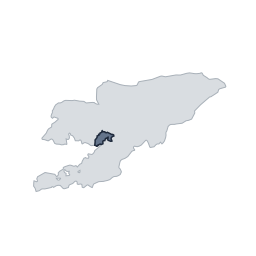 Suzak, Jalal-Abad, Kyrgyzstan shown in context, rotated 348°
{"feature_id": "92254566B63974139076370", "entity_name": "Suzak", "entity_type": "district", "adm_level": 2, "iso_a3": "KGZ", "parent_name": "Kyrgyzstan", "parent_adm1": "Jalal-Abad", "projection": "mercator", "projection_center": [73.12, 41.081], "detail": "fine", "context": "in_parent", "style": "filled", "palette": "slate", "viewbox_px": 256, "rotation_deg": 348, "n_neighbors": 0, "source": "geoboundaries", "source_scale": "gbopen_adm2", "svg_char_len": 4432}
<svg xmlns="http://www.w3.org/2000/svg" viewBox="0 0 256 256"><g transform="rotate(348 128 128)"><path d="M56.4,153.4L57.0,153.0L59.0,152.6L63.0,152.2L64.3,152.5L67.1,154.2L69.1,154.0L69.5,154.2L70.3,155.6L73.2,153.5L75.3,152.9L76.4,150.9L78.6,148.4L80.5,148.1L80.6,148.4L80.9,148.8L82.9,149.4L83.5,148.7L83.8,147.8L83.1,146.4L83.1,145.8L83.8,145.0L86.9,146.3L87.6,146.3L89.0,145.5L90.3,144.2L90.8,143.2L97.2,139.8L97.7,139.2L97.6,138.7L94.9,137.9L93.7,138.4L92.6,138.4L91.9,137.9L88.6,137.7L87.9,137.3L85.7,134.9L83.0,133.3L81.7,133.4L80.2,134.1L79.7,133.8L79.6,131.4L79.2,130.0L78.3,129.7L77.1,130.3L73.8,129.5L73.4,126.6L72.2,124.0L70.5,123.0L70.4,121.4L69.8,120.8L69.3,121.0L68.6,121.7L68.9,123.4L68.7,125.2L68.3,126.0L67.5,126.7L66.7,126.7L65.2,125.8L64.9,131.0L64.6,131.3L62.9,130.6L61.4,130.9L59.3,130.6L57.7,129.7L54.5,128.8L53.1,127.8L52.2,124.3L51.3,123.1L50.5,122.8L47.2,124.0L43.7,121.9L42.1,121.5L41.6,120.8L41.7,120.0L46.9,116.1L48.9,113.4L50.2,112.3L53.5,111.1L54.2,108.6L54.5,108.3L57.8,107.1L61.5,105.0L61.6,104.4L61.2,103.8L57.9,101.8L56.2,102.8L55.2,101.6L55.2,100.4L56.3,98.4L57.2,97.4L57.6,95.4L59.0,94.1L60.4,92.0L62.1,90.3L65.2,89.0L66.9,89.4L68.6,89.1L71.1,88.1L72.7,88.0L79.2,89.6L81.4,89.7L86.4,91.7L90.4,92.8L92.3,94.8L98.7,95.6L100.4,96.2L101.1,97.2L102.9,98.4L104.4,98.7L103.1,93.9L103.6,91.1L105.6,83.4L106.7,82.2L111.9,80.0L113.1,78.4L116.8,78.4L117.6,78.1L118.0,77.2L129.5,84.0L133.9,85.9L139.9,87.6L145.0,88.2L145.9,87.8L147.9,85.2L148.9,85.0L161.6,85.5L170.6,84.1L171.9,84.2L175.3,85.7L186.0,86.1L190.2,87.1L196.9,86.7L199.7,86.9L204.8,88.8L206.6,89.2L209.9,89.5L211.1,89.2L211.9,89.7L212.6,92.1L215.7,95.1L216.9,96.7L218.0,97.4L224.0,97.9L226.2,98.6L231.7,104.3L232.4,107.6L231.8,108.3L226.0,108.7L224.7,109.2L223.3,111.7L215.5,114.7L214.3,114.6L203.9,120.3L196.7,125.1L196.4,127.3L192.1,132.5L189.0,133.1L186.3,133.0L181.9,134.6L176.2,134.1L174.3,134.1L170.6,133.4L169.1,133.8L167.5,134.9L165.3,139.0L164.4,139.9L164.0,140.9L163.7,142.9L162.9,145.0L161.0,148.2L159.4,149.7L157.9,150.6L156.8,148.6L154.9,150.0L153.1,149.7L152.0,150.1L149.5,151.8L145.8,151.7L145.4,151.2L144.7,146.5L144.0,144.3L143.5,143.8L142.8,143.7L137.5,147.4L135.1,148.1L133.1,148.2L130.4,147.1L129.8,147.4L129.4,147.9L129.2,148.7L130.0,150.8L129.8,151.2L128.6,151.2L126.9,151.6L121.8,155.9L118.6,157.1L115.6,157.5L113.9,158.3L112.9,159.9L110.9,164.3L111.0,165.2L111.8,166.4L112.4,169.0L112.3,169.7L110.7,171.9L108.6,172.6L107.0,172.9L104.0,172.6L102.4,173.1L99.5,174.7L97.2,175.0L92.7,175.1L88.3,174.4L86.8,174.7L82.9,175.6L81.6,177.2L80.9,178.6L80.5,178.8L78.9,177.5L76.9,175.3L76.0,175.3L72.5,177.1L71.9,177.1L70.9,176.4L71.1,173.5L69.9,172.9L67.5,172.8L66.7,172.2L67.0,170.3L66.7,169.6L66.1,169.1L64.9,169.2L62.4,170.8L59.4,171.3L58.4,171.8L57.3,173.8L53.4,174.2L52.1,173.8L49.8,170.1L47.7,169.5L45.7,169.6L42.9,170.6L42.2,169.8L41.5,169.6L40.8,170.2L37.4,170.3L33.9,170.3L31.9,169.8L30.6,169.8L28.1,170.9L24.9,171.0L24.6,167.6L23.6,165.2L24.6,161.4L25.1,160.1L27.5,161.6L28.3,161.3L28.5,160.6L28.2,158.8L29.4,156.9L37.6,154.3L46.8,158.1L48.0,160.6L48.8,160.5L50.1,159.4L50.5,157.3L52.2,156.1L56.2,154.7L56.4,153.4ZM61.1,162.0L61.3,161.6L60.6,159.8L61.5,158.1L59.7,157.9L58.7,157.4L57.6,155.6L57.3,155.6L56.7,156.0L56.4,157.2L56.7,158.4L58.0,159.5L57.4,161.9L60.2,162.2L61.1,162.0ZM51.5,163.6L51.5,163.1L50.8,162.9L47.4,162.2L47.5,162.7L48.8,164.5L49.8,164.6L51.5,163.6ZM72.0,160.6L72.2,159.4L70.1,160.1L69.9,160.7L70.6,161.4L71.5,161.6L72.0,160.6Z" fill="#d9dde1" stroke="#a8b0b8" stroke-width="1"/><path d="M112.5,132.9L112.5,131.8L111.7,131.1L110.3,130.8L110.0,130.3L106.9,127.9L105.9,128.2L104.8,127.7L104.6,126.9L102.9,126.5L102.2,125.3L101.8,125.6L101.5,126.7L99.6,127.1L99.3,127.9L98.0,128.1L98.0,129.0L96.1,129.4L96.0,130.4L95.2,131.4L93.3,132.9L93.0,134.6L91.9,138.0L92.1,138.1L92.6,138.3L92.8,138.5L93.0,138.7L93.2,138.9L93.2,139.0L93.4,139.2L93.5,139.3L93.9,139.4L94.1,139.3L94.3,139.3L94.3,139.2L94.4,138.9L94.5,138.9L94.7,138.7L94.8,138.7L95.0,138.6L95.1,138.4L95.3,138.3L95.5,138.3L95.6,138.5L95.7,138.4L95.8,138.3L96.2,138.3L96.3,138.2L96.5,138.1L96.8,138.2L97.4,137.9L97.6,138.0L98.4,138.6L100.2,138.2L100.6,135.9L101.2,135.3L101.9,135.4L102.7,135.5L103.8,133.6L104.9,133.6L105.9,133.0L106.6,132.9L106.5,133.7L105.8,134.5L105.6,135.2L106.2,136.0L108.3,137.4L109.5,137.5L109.6,136.7L109.2,135.8L109.3,134.7L109.7,133.9L111.1,133.1L112.5,132.9Z" fill="#64748b" stroke="#1e293b" stroke-width="1.5"/></g></svg>